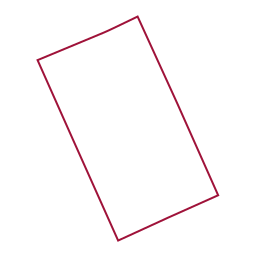 outline of Boone, Illinois, United States of America, rotated 336°
{"feature_id": "52423323B68053361543387", "entity_name": "Boone", "entity_type": "district", "adm_level": 2, "iso_a3": "USA", "parent_name": "United States of America", "parent_adm1": "Illinois", "projection": "robinson", "projection_center": [-88.831, 42.324], "detail": "fine", "context": "isolated", "style": "outline", "palette": "rose", "viewbox_px": 256, "rotation_deg": 336, "n_neighbors": 0, "source": "geoboundaries", "source_scale": "gbopen_adm2", "svg_char_len": 300}
<svg xmlns="http://www.w3.org/2000/svg" viewBox="0 0 256 256"><g transform="rotate(336 128 128)"><path d="M73.2,226.8L128.2,226.2L183.0,226.1L183.0,125.6L182.1,30.1L155.0,30.9L149.7,31.0L145.0,31.0L73.0,29.2L73.0,101.2L73.0,116.1L73.2,226.8Z" fill="none" stroke="#9f1239" stroke-width="2"/></g></svg>